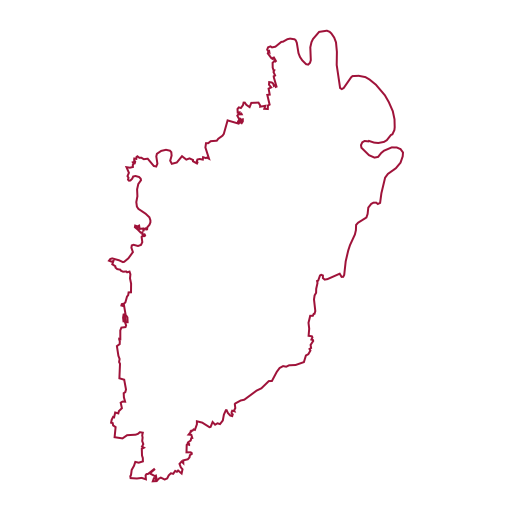 outline of Meherpur, Khulna, Bangladesh
{"feature_id": "16705992B11914188004823", "entity_name": "Meherpur", "entity_type": "district", "adm_level": 2, "iso_a3": "BGD", "parent_name": "Bangladesh", "parent_adm1": "Khulna", "projection": "equal_earth", "projection_center": [88.762, 23.788], "detail": "fine", "context": "isolated", "style": "outline", "palette": "rose", "viewbox_px": 512, "rotation_deg": 0, "n_neighbors": 0, "source": "geoboundaries", "source_scale": "gbopen_adm2", "svg_char_len": 6043}
<svg xmlns="http://www.w3.org/2000/svg" viewBox="0 0 512 512"><path d="M380.1,202.9L381.4,193.2L385.1,177.7L387.9,173.9L395.9,168.2L400.5,162.7L402.7,156.4L403.0,152.5L400.1,148.5L400.2,149.0L396.8,147.5L391.7,147.4L384.0,150.7L381.2,153.0L378.1,156.9L374.5,157.6L369.0,155.2L361.4,147.7L361.0,145.1L362.3,142.3L364.6,141.0L368.5,141.4L368.9,140.9L374.1,142.6L378.3,143.0L384.0,141.9L386.8,140.2L390.9,135.0L392.4,134.3L394.4,130.0L394.7,127.2L394.5,119.3L392.8,111.2L388.8,102.1L384.9,95.3L375.9,84.7L369.5,79.5L365.4,77.1L358.7,75.8L352.5,76.1L351.2,77.2L343.7,88.0L341.8,89.1L340.1,88.0L336.7,65.0L336.9,51.9L336.0,42.4L334.2,37.6L331.4,33.5L329.6,31.8L326.9,30.7L319.1,31.9L313.0,39.0L311.5,42.1L310.3,47.3L310.8,60.2L310.0,62.8L308.2,64.6L306.1,64.2L302.2,60.3L300.0,57.0L298.5,53.2L296.8,42.8L295.8,40.4L294.6,39.3L290.1,38.6L287.4,39.2L283.0,41.7L281.3,41.9L275.4,46.7L272.0,47.4L270.5,46.4L268.1,47.3L267.2,49.6L268.0,51.0L269.1,50.8L269.3,52.1L268.6,51.5L267.8,53.4L271.4,58.2L272.8,59.0L273.1,57.8L273.9,57.5L275.9,61.0L275.3,61.5L274.6,60.9L272.6,62.8L272.7,67.7L273.5,70.1L274.3,70.3L273.5,72.0L275.1,75.5L273.7,76.3L273.9,77.6L276.5,86.6L275.8,86.9L275.4,84.8L273.9,85.9L273.1,83.5L271.8,82.5L269.2,82.1L269.0,84.7L271.2,87.4L268.6,88.6L269.7,94.6L267.3,94.9L269.6,104.6L267.9,105.5L267.8,109.0L264.3,108.8L265.3,105.8L260.2,106.7L260.3,105.7L258.5,102.6L251.3,102.9L249.6,107.1L246.3,104.8L244.8,102.6L243.6,102.6L243.0,105.1L240.9,108.0L238.8,107.4L237.5,109.0L237.7,112.5L239.5,112.3L239.1,114.3L241.3,113.5L241.7,114.3L238.3,114.4L237.3,115.7L239.4,119.5L240.0,117.9L240.4,121.9L241.4,119.5L242.8,119.3L242.8,121.4L241.7,123.1L240.9,122.4L239.7,122.8L238.5,120.8L238.0,121.6L238.2,123.5L227.6,120.4L223.8,133.9L222.5,135.7L218.3,138.7L216.8,140.7L210.7,141.2L208.2,143.2L206.0,143.2L205.4,147.5L209.0,158.7L206.9,157.6L205.9,158.1L203.1,157.2L202.8,159.6L199.7,159.0L197.4,159.5L196.8,161.2L197.5,162.4L197.0,163.5L193.0,161.3L193.0,160.0L189.5,158.4L186.3,159.6L182.0,156.2L176.8,162.5L171.8,163.8L170.2,160.7L171.6,155.6L171.3,152.2L170.0,150.7L166.0,149.8L161.2,150.9L156.9,153.8L156.3,156.4L157.4,163.7L156.2,166.5L153.8,166.0L147.7,158.7L143.8,159.2L141.3,157.7L139.4,157.8L137.4,156.3L136.5,157.0L136.3,158.9L134.3,158.5L134.1,160.1L135.2,161.7L134.9,162.7L134.0,161.9L132.8,162.3L133.7,163.9L132.8,164.9L132.9,167.0L129.9,167.7L126.5,167.2L128.9,172.8L127.5,176.1L128.5,177.8L128.0,179.6L129.0,180.7L130.4,180.5L132.2,178.7L133.2,176.5L135.5,176.0L139.1,177.0L140.7,178.7L141.0,180.2L138.3,184.0L137.1,189.3L137.4,196.3L136.3,202.1L136.9,206.6L138.4,208.9L145.6,213.7L149.4,217.3L150.4,220.3L150.4,222.3L149.5,224.7L147.3,227.3L147.1,229.3L146.2,229.5L145.6,228.4L144.1,229.1L143.4,231.2L143.2,228.5L139.7,228.9L139.1,225.6L137.5,226.4L135.2,225.6L134.9,227.2L136.6,228.6L136.1,226.6L137.6,226.6L137.5,229.3L140.8,232.7L142.4,232.4L142.3,234.1L142.8,234.5L144.5,234.3L145.1,235.4L144.6,236.1L142.2,236.2L141.6,236.9L142.3,242.1L141.0,244.9L138.0,246.0L133.5,244.8L131.8,245.4L131.4,247.7L132.9,252.1L128.4,258.3L124.2,261.8L122.9,262.1L119.1,260.3L112.2,258.4L110.3,259.0L109.0,260.7L111.3,261.6L113.4,261.0L112.3,264.3L115.3,266.2L115.5,267.6L117.2,269.1L120.3,269.7L120.9,270.7L123.1,271.7L126.3,271.5L127.1,272.3L129.5,271.6L130.4,274.3L130.0,278.3L131.1,283.7L131.0,292.3L128.6,292.4L128.2,295.1L127.0,296.6L125.4,302.3L124.1,303.6L121.8,304.1L121.4,305.5L123.1,306.0L123.9,304.7L125.5,314.2L123.6,314.5L123.1,317.7L123.5,321.3L125.5,321.3L125.0,316.1L126.4,315.9L127.4,317.4L127.6,322.2L125.0,322.2L126.1,325.4L125.5,327.1L121.4,327.6L120.3,330.4L120.3,339.1L119.2,338.8L119.2,339.4L119.8,341.3L119.7,344.1L116.9,346.1L118.4,355.8L119.6,359.0L119.1,362.0L120.0,363.8L119.4,378.3L124.2,379.7L126.0,389.5L125.3,392.1L123.7,393.2L123.9,397.3L125.1,401.7L122.5,401.6L120.7,402.7L121.9,408.2L118.9,411.1L118.3,413.4L115.2,412.5L114.1,417.3L113.1,416.9L111.7,419.7L111.1,422.7L112.7,423.1L113.1,425.4L115.6,427.1L114.6,437.2L122.5,438.4L127.1,435.2L135.6,434.7L137.9,433.9L139.9,432.2L142.8,432.7L142.2,435.3L142.6,437.6L142.2,441.0L143.3,444.1L142.0,446.6L143.9,447.7L141.8,448.8L142.0,455.5L142.8,458.0L142.9,461.4L138.7,462.7L135.3,461.9L134.0,465.8L131.7,469.9L131.0,475.0L130.3,476.2L130.6,478.1L136.8,478.5L141.7,477.9L145.9,479.3L145.6,475.3L146.5,474.1L147.9,474.0L154.0,469.2L154.3,469.6L149.8,473.4L154.9,476.1L155.9,475.6L156.4,478.0L155.9,479.4L154.9,478.1L153.9,478.2L152.8,481.3L156.7,481.1L158.6,478.8L160.8,477.6L164.7,479.5L167.2,478.4L168.7,475.4L170.9,473.3L173.2,473.8L175.2,470.9L176.9,471.8L178.1,470.5L181.6,473.5L182.5,469.3L180.8,467.3L179.5,463.9L181.6,461.5L183.3,463.2L183.2,460.4L187.8,459.3L189.5,457.4L189.9,455.2L191.8,453.9L191.6,452.9L190.6,452.3L186.5,452.3L186.7,444.9L187.4,444.2L189.1,444.8L189.1,444.0L187.7,443.3L187.9,442.5L190.7,440.5L191.2,438.3L192.3,438.0L191.3,434.8L188.6,434.6L191.0,431.7L190.7,431.2L191.2,430.7L192.5,430.7L193.6,429.4L194.9,429.9L196.9,424.3L196.9,421.3L202.2,422.6L209.5,427.2L210.6,426.9L212.6,422.0L215.1,424.7L217.5,423.3L220.0,424.1L222.8,420.5L223.9,414.6L225.9,410.2L226.6,410.2L227.9,413.0L230.2,415.5L232.2,416.1L232.7,414.4L231.7,413.6L231.6,412.2L232.2,410.7L234.5,411.3L234.1,410.4L235.3,408.1L234.8,404.1L235.2,403.5L240.7,400.5L244.3,399.7L256.6,390.6L261.4,388.3L268.8,381.1L271.9,381.0L276.8,371.8L279.6,368.0L283.1,366.1L286.2,366.7L289.1,365.3L295.6,365.0L303.9,362.1L305.9,355.5L308.3,354.2L310.4,350.6L309.5,349.0L311.1,348.0L310.6,344.9L313.2,341.0L313.0,340.1L311.4,339.6L312.4,337.4L311.9,336.3L308.6,335.8L309.2,328.7L308.5,322.8L310.2,315.8L312.8,315.8L313.7,313.9L314.5,313.8L315.3,311.1L314.0,299.4L314.6,295.4L316.1,292.8L316.2,288.8L317.5,283.0L317.1,281.0L318.2,280.6L320.0,275.5L321.2,274.8L322.9,275.5L322.9,278.1L324.7,279.6L327.5,279.1L339.7,273.7L341.6,276.9L343.2,276.8L344.2,274.9L345.7,261.3L348.2,250.6L350.0,245.1L354.9,234.5L355.9,230.2L356.1,224.9L358.1,222.7L366.4,217.5L367.6,214.0L368.3,207.6L371.2,203.9L373.4,202.7L376.3,202.7L377.8,204.0L380.1,202.9Z" fill="none" stroke="#9f1239" stroke-width="2"/></svg>